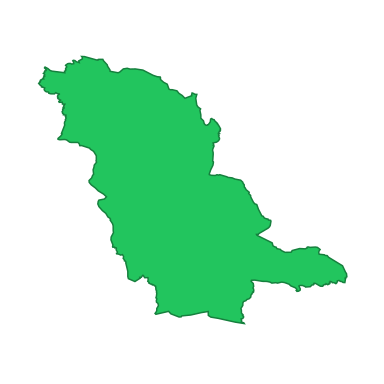 the district of Nittedal nor, Akershus, Norway, rotated 184°
{"feature_id": "86288312B73393856679097", "entity_name": "Nittedal nor", "entity_type": "district", "adm_level": 2, "iso_a3": "NOR", "parent_name": "Norway", "parent_adm1": "Akershus", "projection": "equal_earth", "projection_center": [10.849, 60.08], "detail": "fine", "context": "isolated", "style": "filled", "palette": "green", "viewbox_px": 384, "rotation_deg": 184, "n_neighbors": 0, "source": "geoboundaries", "source_scale": "gbopen_adm2", "svg_char_len": 6016}
<svg xmlns="http://www.w3.org/2000/svg" viewBox="0 0 384 384"><g transform="rotate(184 192 192)"><path d="M269.5,138.6L267.2,133.7L267.4,131.9L267.1,131.4L265.4,131.6L265.2,130.9L263.8,131.0L263.5,130.7L263.7,129.6L263.2,128.2L262.3,127.3L262.3,125.7L263.0,125.5L262.9,125.1L260.8,124.9L258.7,124.1L257.0,124.7L256.0,123.3L255.7,122.7L256.0,120.9L254.8,119.8L254.6,118.6L253.6,118.4L253.0,117.4L253.1,116.6L250.5,108.4L250.1,103.1L249.4,101.1L242.7,98.7L237.7,102.4L238.1,103.2L236.6,103.4L235.4,105.4L234.8,105.4L233.2,103.2L230.0,103.5L229.6,101.3L229.9,99.8L228.5,98.8L228.7,98.2L226.8,97.3L225.8,97.3L225.2,97.0L225.5,96.9L225.1,96.5L223.8,96.7L222.9,95.8L221.7,95.5L221.1,91.8L220.4,91.0L220.5,89.6L220.1,88.7L220.2,85.7L220.6,83.9L220.0,83.6L219.6,82.9L220.0,81.3L219.8,79.7L218.1,78.4L217.6,76.1L219.0,73.4L218.9,71.2L219.4,69.8L220.4,68.3L219.5,67.5L207.0,71.3L204.6,69.0L196.2,66.4L194.1,66.7L193.5,67.7L184.7,69.2L174.0,72.4L167.5,73.9L167.1,70.0L164.5,68.5L157.1,67.8L139.8,65.2L130.7,64.4L131.3,65.2L133.9,65.5L133.4,66.6L134.2,68.8L132.6,69.3L131.8,70.6L131.9,71.6L132.9,72.2L132.5,73.0L134.2,74.6L134.5,77.8L135.1,79.1L133.4,82.4L133.5,85.2L132.8,86.4L130.6,87.4L129.9,88.5L127.4,89.6L126.0,91.4L126.1,92.5L125.7,93.8L125.1,94.3L125.1,95.0L123.8,96.3L124.2,96.7L123.5,97.3L123.5,98.1L123.8,99.5L124.5,100.5L123.9,102.2L124.5,105.0L126.8,107.1L126.5,108.1L123.3,108.5L115.3,107.8L111.1,108.0L108.0,107.6L106.0,106.7L102.1,107.4L100.3,107.1L96.2,108.4L93.3,108.1L88.7,106.8L87.0,105.3L82.1,103.6L80.8,102.4L80.5,101.7L81.2,101.1L80.4,100.2L79.0,100.4L77.4,101.4L77.2,102.8L78.8,105.7L77.8,106.3L75.4,106.5L72.6,105.6L72.1,105.1L67.4,105.8L65.7,107.7L64.3,107.9L63.9,108.6L64.2,109.3L63.7,109.5L62.3,109.4L57.4,107.0L55.7,107.0L55.1,107.1L54.5,107.8L54.6,108.2L53.5,108.9L52.3,109.0L51.9,109.9L50.2,109.0L49.6,109.3L49.4,109.9L48.4,109.9L48.0,110.7L48.5,111.5L47.9,111.7L47.9,112.4L46.5,112.2L45.7,111.3L44.0,111.5L42.1,110.6L41.6,111.1L41.8,111.3L41.2,111.6L40.7,112.9L40.8,113.5L39.8,113.9L38.6,113.9L38.0,113.2L36.4,113.1L35.0,112.3L33.2,112.3L32.9,115.4L33.2,116.6L32.6,116.6L32.4,117.7L31.6,118.2L32.2,121.4L33.2,122.6L36.7,128.9L51.2,136.4L52.7,138.0L54.7,138.0L55.6,138.6L60.8,138.8L61.3,140.1L61.3,141.6L60.2,143.6L63.0,145.5L65.0,145.7L70.3,145.0L72.5,145.3L73.4,144.8L73.3,144.2L75.1,143.2L80.7,143.1L88.0,140.6L88.7,139.1L89.2,138.8L95.0,138.3L98.9,139.9L99.8,140.9L103.3,141.4L104.3,142.9L105.5,143.0L107.5,144.0L108.4,146.8L124.1,153.3L124.7,154.2L122.7,154.5L122.5,155.1L113.4,161.4L112.2,162.8L111.6,164.2L111.2,168.4L111.6,169.2L113.8,169.4L114.4,170.4L115.1,170.3L118.0,171.0L119.2,172.7L120.7,173.1L124.5,179.4L126.5,184.0L128.6,184.6L130.1,186.2L133.1,191.2L133.3,192.7L135.3,194.4L134.9,195.7L138.2,198.1L139.3,199.9L140.0,200.3L140.5,203.0L141.6,204.1L142.0,205.3L144.3,207.2L150.1,207.9L152.9,208.9L157.5,209.1L158.1,209.6L165.5,211.2L166.8,210.6L167.3,210.9L168.5,210.9L169.9,210.1L173.9,210.0L175.9,210.5L176.1,211.0L174.9,215.4L173.0,220.1L172.7,222.8L172.8,223.6L173.5,224.2L173.5,231.2L173.7,233.0L174.3,234.7L174.3,236.2L173.3,239.2L174.0,240.0L173.5,240.3L174.4,242.4L170.9,243.5L169.1,245.0L168.3,246.6L168.3,247.6L169.3,249.3L168.9,250.0L169.5,250.5L169.5,251.4L168.7,252.0L169.8,252.5L168.7,254.3L168.3,254.4L168.2,254.9L168.6,254.9L167.9,255.8L168.3,256.1L168.0,257.1L170.2,260.5L171.6,261.9L171.4,262.2L174.3,264.6L175.0,265.7L176.6,265.9L177.4,266.7L178.5,266.1L178.7,263.1L180.4,260.4L181.1,260.2L181.4,259.7L182.4,259.6L183.4,259.9L184.6,261.1L185.5,263.8L188.3,266.2L188.6,269.7L189.8,274.0L189.2,275.5L191.9,277.2L193.3,279.0L194.8,285.8L194.0,289.7L196.3,289.7L197.0,290.3L198.8,290.8L199.3,288.4L199.0,288.0L205.6,285.0L208.5,287.6L211.9,289.5L214.1,291.9L218.9,292.7L220.7,292.5L222.2,293.1L224.2,297.8L228.0,299.5L231.2,302.0L231.5,303.1L231.3,303.5L231.7,304.5L234.8,304.6L239.0,305.7L249.5,310.2L257.1,310.8L262.3,310.3L265.3,310.9L269.1,310.0L272.7,306.4L274.2,305.8L282.1,306.7L282.4,308.1L285.0,311.6L285.4,312.9L289.3,316.6L290.2,318.1L294.4,317.8L294.9,317.6L294.8,317.2L295.6,316.9L308.8,319.6L311.5,319.5L310.9,318.8L310.7,317.1L314.1,314.9L313.5,313.2L316.5,313.9L318.1,315.0L319.6,315.1L320.1,314.6L319.2,313.3L318.9,311.8L320.9,311.2L322.3,311.8L324.0,311.6L325.0,311.3L326.9,309.7L327.0,309.4L325.8,308.6L325.7,307.8L326.7,306.5L326.7,305.6L326.3,305.3L326.6,304.2L327.6,303.6L327.2,302.1L340.2,302.8L342.1,303.4L344.4,305.1L347.3,306.4L347.8,305.5L345.8,303.6L346.2,302.8L347.2,302.6L347.6,301.8L347.3,301.1L348.5,300.0L347.2,299.1L347.1,298.7L347.7,298.0L347.0,297.3L348.0,296.6L347.9,295.8L348.5,295.2L347.9,294.5L349.0,294.3L350.7,293.2L350.5,292.9L351.3,292.1L350.9,291.6L351.0,291.1L351.6,291.1L352.4,289.7L352.0,289.6L352.1,289.2L350.6,287.7L349.7,287.4L349.5,286.6L348.8,286.5L349.0,286.2L346.2,285.6L346.6,283.7L345.7,282.6L344.4,281.8L342.4,281.7L341.7,281.0L341.7,280.5L339.8,280.1L336.0,280.3L334.8,281.6L333.5,280.9L330.6,280.5L332.0,280.0L332.9,278.2L332.2,276.9L332.6,276.5L332.2,275.8L329.6,274.5L331.2,273.1L330.7,272.2L327.7,272.5L327.4,270.7L325.0,270.7L325.9,269.2L325.7,269.0L326.1,268.6L326.0,267.9L326.4,267.2L325.5,267.2L325.4,266.9L326.8,265.4L326.5,264.4L327.2,262.9L326.6,262.1L326.6,261.5L325.4,260.7L325.6,260.1L323.1,259.8L323.6,258.7L323.0,258.3L323.2,257.7L322.7,256.9L323.4,255.5L323.1,254.6L324.0,252.8L324.0,251.1L323.6,250.0L326.3,241.3L325.6,240.9L325.7,240.5L326.9,238.6L329.4,236.1L329.3,235.2L327.6,234.9L322.9,235.5L320.9,235.3L317.6,233.2L316.1,233.0L309.3,233.5L307.9,232.4L307.2,230.4L305.2,230.6L297.1,228.6L296.4,227.6L293.0,225.7L290.0,221.5L289.7,217.5L289.9,216.4L289.3,215.1L291.4,212.0L291.5,210.0L292.2,207.3L291.4,202.8L292.3,201.7L293.1,199.0L295.5,196.3L295.2,194.4L293.0,192.1L288.7,189.3L285.6,186.6L280.0,183.7L277.0,181.2L278.9,178.9L284.3,177.4L284.9,176.1L285.1,173.5L283.8,170.9L280.1,167.2L276.5,164.7L274.1,161.2L272.1,160.1L271.4,159.2L271.7,158.3L269.1,154.9L268.3,152.8L267.9,147.9L267.5,146.0L269.5,141.4L269.5,138.6Z" fill="#22c55e" stroke="#15803d" stroke-width="1.5"/></g></svg>